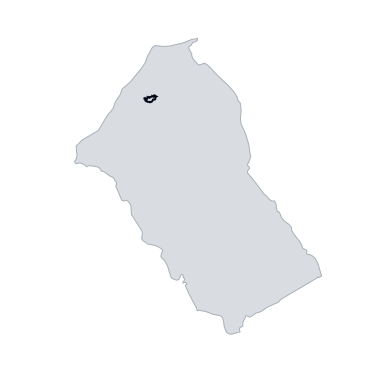 Assin Fosu, Central, Ghana (highlighted), rotated 150°
{"feature_id": "2480657B24956698199939", "entity_name": "Assin Fosu", "entity_type": "district", "adm_level": 2, "iso_a3": "GHA", "parent_name": "Ghana", "parent_adm1": "Central", "projection": "natural_earth1", "projection_center": [-1.29, 5.722], "detail": "fine", "context": "in_parent", "style": "outline", "palette": "ink", "viewbox_px": 384, "rotation_deg": 150, "n_neighbors": 0, "source": "geoboundaries", "source_scale": "gbopen_adm2", "svg_char_len": 3700}
<svg xmlns="http://www.w3.org/2000/svg" viewBox="0 0 384 384"><g transform="rotate(150 192 192)"><path d="M229.3,49.2L231.8,51.9L232.3,53.5L231.4,59.4L229.6,63.5L228.5,67.3L228.6,69.3L229.7,71.2L233.5,74.2L235.5,76.2L237.8,79.2L240.4,82.1L244.9,85.9L246.8,86.6L246.8,87.6L246.1,89.1L245.7,103.2L245.4,106.8L245.1,108.7L244.7,114.0L244.2,114.7L243.3,114.6L242.5,114.8L242.3,115.9L242.7,117.0L245.4,117.7L244.8,118.5L242.8,119.3L241.8,120.8L242.3,122.7L241.1,124.1L241.5,125.1L242.2,125.8L243.3,125.6L246.5,123.1L247.8,122.8L249.5,123.4L252.5,127.1L252.7,128.9L251.4,135.1L250.2,139.9L250.0,146.3L251.3,149.9L251.1,151.9L249.7,153.6L246.6,156.0L246.8,157.7L248.3,160.9L250.9,164.4L256.1,168.7L258.9,174.4L258.9,176.7L257.3,179.0L255.5,181.0L254.9,183.8L255.7,202.8L251.6,211.0L251.6,213.3L252.0,216.0L253.1,217.7L255.2,218.1L256.9,219.7L256.3,225.5L255.4,231.4L255.3,234.2L254.8,235.6L253.2,236.7L252.6,238.5L253.0,240.8L252.7,242.5L253.6,244.7L255.4,247.4L258.4,254.2L259.6,254.8L260.1,256.2L259.8,257.6L260.9,260.6L264.3,263.6L267.8,266.2L270.6,266.6L271.3,268.9L273.2,271.9L274.5,273.2L276.7,274.0L278.5,274.5L278.6,277.0L275.4,278.7L273.2,281.3L271.6,285.3L269.3,289.7L261.4,291.9L258.4,292.0L242.3,292.1L227.2,300.6L218.6,303.7L213.2,308.5L206.0,311.9L201.0,316.1L190.6,318.1L173.5,324.6L168.1,327.2L162.7,331.8L153.9,337.1L150.5,337.1L143.6,332.1L138.4,329.6L125.7,325.7L116.3,324.3L111.7,322.6L110.5,322.3L111.5,320.6L114.2,320.4L116.9,321.0L119.0,319.6L122.1,319.4L122.9,318.0L123.2,314.4L123.1,311.5L124.2,310.2L124.5,306.8L123.0,299.2L121.9,298.3L116.4,297.2L116.0,295.7L115.0,294.1L113.9,290.2L112.7,284.4L110.8,277.2L107.1,265.3L106.2,261.1L105.6,256.8L105.4,251.7L106.2,249.8L106.1,247.1L105.8,244.5L108.4,238.4L113.5,231.0L114.6,228.3L115.5,226.5L115.7,223.8L116.6,215.2L119.1,204.7L120.6,200.8L121.7,198.6L122.9,195.2L123.2,193.5L128.0,189.4L130.1,188.3L130.6,186.7L129.9,185.0L130.2,183.8L131.3,183.2L133.1,182.7L134.3,181.0L132.3,168.1L130.7,155.3L130.7,154.2L129.7,152.4L128.8,147.1L127.2,144.0L125.0,143.1L125.0,140.2L127.2,135.2L127.8,132.3L126.7,131.5L126.6,129.2L127.3,125.6L127.0,123.3L126.6,120.9L124.2,115.3L123.7,111.3L124.9,109.0L124.8,103.9L123.6,96.0L123.4,91.1L124.3,89.0L123.8,87.0L122.2,85.2L122.0,83.3L123.5,81.6L123.3,80.2L121.5,79.2L119.9,76.8L118.5,72.9L118.8,66.8L121.5,55.5L121.8,54.5L124.9,54.6L124.9,55.1L134.3,55.0L145.1,54.8L158.0,54.7L169.7,54.6L170.2,54.0L172.2,53.4L184.0,54.6L191.4,54.0L194.5,54.4L196.8,55.1L201.9,54.7L204.7,54.9L206.7,57.8L207.6,57.7L208.7,56.5L210.8,55.2L212.8,54.1L214.3,51.9L215.2,50.2L216.6,50.6L218.5,50.5L219.8,49.1L220.3,46.9L229.3,49.2Z" fill="#d9dde1" stroke="#a8b0b8" stroke-width="1"/><path d="M176.6,294.5L177.8,293.8L178.1,294.3L178.4,294.8L178.5,295.0L178.6,294.9L178.8,294.8L179.0,294.8L179.3,294.9L179.5,294.9L179.8,294.9L180.0,294.8L180.3,294.9L180.5,294.9L180.8,294.9L181.0,294.9L181.3,294.9L181.3,295.0L181.5,295.0L181.5,295.3L181.5,295.5L181.7,295.8L181.8,295.9L181.9,296.0L182.1,296.1L182.4,296.0L182.5,296.0L182.7,295.9L182.8,295.9L183.0,295.8L183.0,295.7L183.3,295.6L183.5,295.5L183.8,295.7L183.8,295.8L183.9,295.7L184.0,295.7L184.3,295.6L184.4,295.4L184.4,295.2L184.5,295.1L184.8,294.9L185.0,294.8L185.2,295.0L185.7,295.6L185.9,295.9L185.8,296.8L186.1,296.8L186.4,296.9L186.6,296.5L186.3,295.8L186.5,294.6L186.4,294.5L186.5,294.4L186.6,294.2L186.1,293.4L185.5,292.5L184.8,292.0L184.1,291.6L183.7,290.8L183.0,290.6L182.1,290.4L181.5,290.4L180.4,290.9L179.6,291.5L179.0,291.4L178.7,291.0L178.3,290.8L177.7,290.7L177.2,291.1L176.7,291.7L176.4,292.4L175.8,292.5L175.1,292.5L175.3,292.8L175.9,294.0L176.2,293.9L176.4,293.9L176.5,294.0L176.5,294.3L176.6,294.5Z" fill="none" stroke="#020617" stroke-width="2"/></g></svg>